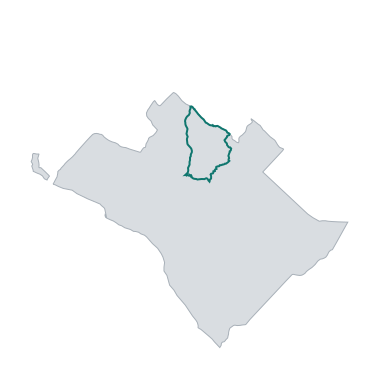 Angola, with Lunda Sul highlighted, rotated 313°
{"feature_id": "AGO-1875", "entity_name": "Lunda Sul", "entity_type": "Province", "adm_level": 1, "iso_a3": "AGO", "parent_name": "Angola", "parent_adm1": "", "projection": "equal_earth", "projection_center": [20.634, -9.903], "detail": "medium", "context": "in_parent", "style": "outline", "palette": "teal", "viewbox_px": 384, "rotation_deg": 313, "n_neighbors": 0, "source": "natural_earth", "source_scale": "10m", "svg_char_len": 5525}
<svg xmlns="http://www.w3.org/2000/svg" viewBox="0 0 384 384"><g transform="rotate(313 192 192)"><path d="M285.9,185.5L286.3,188.2L286.6,192.1L286.8,194.8L287.1,196.0L287.1,196.7L286.9,197.4L286.6,199.0L286.2,200.5L285.9,201.5L286.1,203.4L285.8,208.9L285.7,211.6L286.3,216.5L286.2,218.0L284.9,222.4L284.5,224.7L284.5,225.9L285.8,229.2L285.7,229.8L284.7,230.0L283.8,230.1L254.9,230.1L254.8,286.8L254.8,291.6L255.7,298.0L257.4,304.9L258.0,305.5L259.7,306.8L262.1,309.4L263.4,311.4L266.1,314.8L269.7,319.1L276.2,326.5L254.4,331.9L246.0,333.9L245.3,333.9L244.0,333.1L241.4,333.0L238.2,334.0L235.7,334.3L233.9,333.8L232.0,332.9L230.3,331.6L227.2,331.1L222.9,331.5L218.7,331.2L214.7,330.3L211.8,329.9L210.1,330.1L208.2,329.8L206.2,329.1L204.5,327.8L202.5,325.0L201.0,322.4L200.6,322.0L200.1,321.6L199.6,321.5L191.0,321.4L138.3,321.3L132.2,321.7L131.8,321.6L131.0,321.3L130.5,320.7L128.7,319.2L127.2,318.1L125.2,316.2L123.8,314.1L122.7,313.4L120.7,313.0L119.2,312.7L118.0,312.6L115.9,313.6L114.3,314.5L113.2,315.5L111.2,316.6L109.6,317.6L106.7,317.5L106.1,317.7L104.4,317.6L102.9,316.6L101.4,316.7L99.7,317.9L97.2,318.4L97.7,310.6L98.2,307.1L98.1,303.0L97.6,292.2L97.2,290.8L96.9,289.0L98.4,287.7L99.1,286.7L100.2,284.9L100.9,282.4L101.7,276.9L104.7,264.2L106.1,251.7L107.9,245.8L108.6,239.2L113.9,230.6L115.1,225.4L117.9,222.8L121.8,220.0L124.6,215.1L125.9,211.7L127.4,205.2L127.3,198.4L128.2,189.3L128.0,186.7L126.5,183.1L126.2,180.5L124.8,177.9L123.3,176.0L122.6,172.6L120.0,167.2L119.3,163.5L118.1,160.9L117.8,157.7L117.2,154.4L115.9,151.0L114.7,147.2L114.6,146.0L115.4,144.5L116.1,144.0L115.9,144.8L115.4,145.6L115.5,146.3L120.2,139.6L120.5,138.3L120.4,136.8L120.3,135.0L120.5,132.9L115.9,120.5L112.3,108.9L111.6,103.1L106.8,95.4L104.9,90.4L103.9,86.9L103.1,85.5L103.4,84.9L104.6,84.7L107.3,83.9L111.0,83.0L114.4,80.9L115.3,80.0L117.2,79.9L119.0,80.4L119.7,80.0L120.1,80.0L124.4,80.0L126.3,79.8L129.6,79.9L131.7,80.1L132.9,80.3L136.2,80.6L140.3,80.6L141.7,80.4L147.0,80.2L157.0,80.0L162.3,80.0L166.3,80.1L168.1,80.8L169.7,82.2L170.5,83.4L170.9,84.0L171.4,85.3L172.3,86.4L172.6,88.0L172.3,90.2L172.5,92.9L173.0,96.0L174.1,99.2L175.8,102.6L176.5,105.3L176.3,107.3L176.8,109.4L178.1,111.7L179.0,112.8L179.5,113.7L180.9,117.2L185.5,126.7L186.2,127.2L187.2,127.0L189.3,126.6L191.4,126.5L192.9,127.4L193.5,127.2L195.8,125.6L198.0,125.1L200.4,124.4L201.6,123.7L203.0,123.7L206.8,125.1L207.5,125.1L210.7,125.1L213.8,124.4L214.2,118.9L214.2,117.8L215.0,115.8L215.9,114.0L216.0,112.3L216.0,109.9L216.7,107.1L218.7,104.8L222.1,103.7L224.0,103.5L227.0,102.9L231.6,102.2L233.3,102.3L233.4,102.6L232.5,106.6L232.5,107.9L232.8,109.2L233.6,109.9L242.7,110.0L251.5,110.5L252.0,110.6L252.3,110.9L252.9,112.9L252.8,116.7L251.9,122.3L252.2,127.5L253.7,132.3L253.9,139.7L252.7,149.7L252.4,156.0L253.1,158.7L254.5,161.4L256.7,164.3L258.4,168.0L259.6,172.6L260.0,175.5L259.7,176.7L259.7,178.8L260.1,181.7L259.7,183.6L258.5,184.6L258.1,185.9L258.7,188.4L258.8,190.7L259.6,192.3L260.2,192.3L261.4,191.5L262.8,190.0L264.0,189.4L265.7,189.4L268.0,189.9L272.0,190.0L273.3,189.7L277.1,187.7L278.1,187.5L279.6,187.7L281.7,188.3L283.9,188.5L284.9,187.8L285.0,187.0L285.3,185.9L285.9,185.5ZM115.3,54.0L115.1,54.4L113.3,55.3L111.5,56.2L109.1,59.8L107.8,61.3L107.5,61.7L106.4,62.5L105.6,63.3L105.6,63.7L106.1,64.2L106.7,64.9L106.7,70.7L106.5,76.5L106.2,77.0L104.6,77.1L102.6,77.5L101.9,77.8L101.7,77.2L101.0,75.1L101.4,73.2L101.8,71.7L101.3,68.6L100.2,65.9L99.1,62.5L98.8,61.9L99.7,60.8L101.1,58.3L101.7,57.1L103.3,56.8L103.9,55.9L104.3,54.5L104.5,53.7L106.3,53.0L108.5,51.9L109.7,50.6L111.0,49.7L111.8,49.7L112.3,50.0L113.7,52.3L114.9,53.7L115.3,54.0Z" fill="#d9dde1" stroke="#a8b0b8" stroke-width="1"/><path d="M254.0,132.1L253.8,132.4L254.4,133.8L254.5,134.7L254.0,137.2L254.3,137.4L253.9,138.7L253.5,141.6L253.2,142.9L252.8,148.1L253.0,151.1L252.1,154.7L252.5,155.6L253.0,159.2L253.4,160.0L254.4,161.4L254.6,162.2L255.1,161.9L255.3,163.2L256.2,164.6L256.7,164.6L257.8,165.7L258.6,169.2L258.5,169.9L260.2,174.9L260.0,176.1L259.5,177.3L260.1,178.7L260.1,180.0L259.0,180.4L257.4,179.6L256.6,179.6L256.0,180.1L252.1,180.4L251.4,182.0L251.3,184.3L250.2,185.8L250.0,187.7L249.8,188.1L250.2,189.3L250.6,189.5L250.5,191.0L248.8,192.0L247.4,191.8L247.0,192.4L246.0,192.7L243.2,194.0L242.9,194.8L242.0,196.1L241.1,196.3L240.2,197.0L240.2,198.1L238.2,198.0L235.8,197.5L235.3,196.8L234.6,196.8L233.0,195.9L232.8,195.5L231.9,195.3L230.5,194.0L229.8,194.3L229.1,194.1L228.6,193.5L227.0,192.6L226.5,192.8L225.6,194.2L224.5,193.6L223.6,193.7L222.9,194.5L222.5,194.3L222.2,193.8L221.7,193.5L220.8,194.3L219.9,194.6L218.3,193.5L217.4,193.7L216.9,194.8L216.3,195.5L214.8,196.8L212.9,196.6L212.2,197.4L211.5,197.7L211.6,196.4L212.2,194.3L212.0,193.4L211.7,193.0L209.9,192.3L208.1,190.2L204.8,187.4L204.5,186.4L203.1,184.5L202.7,183.5L202.6,181.8L202.4,181.5L202.5,181.2L202.8,181.3L203.1,181.1L202.9,180.8L203.2,180.6L203.2,180.2L203.4,180.0L203.1,179.7L203.3,179.5L203.0,179.3L202.9,178.7L202.7,179.0L202.0,178.4L201.9,178.6L201.5,178.0L201.2,176.7L200.4,176.6L200.6,176.1L199.9,175.5L202.8,175.7L203.9,175.4L205.3,174.5L206.9,172.7L210.3,171.6L212.4,169.6L213.9,168.9L215.9,167.0L217.3,166.7L218.7,165.5L220.9,164.8L222.0,163.9L223.2,161.9L223.4,160.8L223.8,156.6L224.1,155.8L227.0,152.4L227.7,151.9L229.5,151.1L230.8,148.3L234.9,145.8L235.3,145.3L236.4,142.1L237.2,140.8L238.3,139.7L238.8,138.9L239.9,138.0L242.1,137.2L243.8,136.9L246.3,137.2L248.3,136.5L249.4,135.1L250.9,134.3L252.1,134.0L253.1,132.8L254.0,132.1Z" fill="none" stroke="#0f766e" stroke-width="2"/></g></svg>